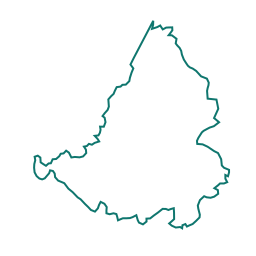 Cruzmaltina, Paraná, Brazil, rotated 355°
{"feature_id": "56859067B80032191176175", "entity_name": "Cruzmaltina", "entity_type": "district", "adm_level": 2, "iso_a3": "BRA", "parent_name": "Brazil", "parent_adm1": "Paraná", "projection": "orthographic", "projection_center": [-51.488, -24.002], "detail": "fine", "context": "isolated", "style": "outline", "palette": "teal", "viewbox_px": 256, "rotation_deg": 355, "n_neighbors": 0, "source": "geoboundaries", "source_scale": "gbopen_adm2", "svg_char_len": 2399}
<svg xmlns="http://www.w3.org/2000/svg" viewBox="0 0 256 256"><g transform="rotate(355 128 128)"><path d="M32.5,148.5L32.8,152.0L31.5,155.8L31.0,159.4L31.1,164.0L32.8,168.0L35.3,170.6L38.0,171.7L40.7,170.9L45.5,166.2L46.7,163.4L49.5,164.3L51.0,167.0L51.1,170.6L53.8,174.3L59.7,177.4L63.3,183.2L67.3,187.1L71.8,192.7L74.6,194.9L78.6,200.0L81.4,203.2L83.9,206.4L87.8,208.4L91.0,205.4L92.4,202.2L94.3,199.2L97.9,201.4L99.9,204.9L99.3,208.5L99.1,211.1L102.2,212.3L106.1,211.7L108.9,212.7L109.5,215.5L110.0,219.1L114.9,217.5L118.9,217.8L122.1,217.9L124.8,217.2L128.7,215.6L129.7,220.7L130.7,223.2L134.5,225.3L138.3,222.8L138.5,219.9L142.2,220.0L146.0,217.5L150.4,214.9L155.4,211.6L158.6,211.9L161.1,213.2L163.4,212.5L166.6,211.9L166.5,216.2L166.0,222.8L163.1,225.0L160.7,226.7L163.1,229.1L166.9,231.3L171.3,231.2L173.2,232.6L173.8,229.6L176.8,228.7L178.1,231.3L180.5,230.4L184.0,229.3L187.7,226.5L191.5,223.3L192.0,220.6L191.0,214.5L190.8,211.3L193.4,206.1L197.9,202.6L200.3,203.9L204.2,204.7L207.9,203.9L212.1,201.4L212.1,197.7L208.8,195.5L212.9,192.8L214.8,191.3L218.9,191.6L222.1,190.6L220.6,187.0L220.9,183.3L223.4,184.8L224.8,181.0L225.0,178.5L220.2,176.0L218.2,173.5L218.1,167.2L215.5,160.8L211.9,158.6L205.7,153.6L200.9,150.8L195.6,149.9L195.6,146.8L197.2,144.0L201.2,138.8L203.1,137.4L207.0,135.7L209.4,134.7L213.7,133.7L219.2,130.2L214.6,125.6L216.4,122.4L219.6,116.7L218.6,107.4L209.9,105.7L210.0,97.9L210.8,95.2L211.9,92.4L212.4,89.9L210.9,85.7L205.3,82.9L200.9,77.1L197.6,74.4L194.9,73.0L193.1,71.2L191.7,68.7L189.6,64.7L188.1,59.6L187.7,55.8L186.4,52.7L184.3,50.1L182.9,47.9L184.1,43.4L179.8,39.5L176.6,39.1L179.1,36.4L180.7,34.5L180.8,31.6L177.4,31.4L174.8,31.3L171.2,32.8L169.0,28.7L166.0,30.0L160.6,31.3L162.0,27.4L162.5,23.4L139.8,58.8L136.0,65.0L138.5,69.1L136.4,73.1L134.3,78.1L133.4,81.4L129.6,84.6L126.2,84.5L124.2,86.1L120.3,86.3L118.1,89.9L116.6,92.8L114.0,94.8L110.9,97.8L110.8,105.0L109.3,108.2L106.1,111.2L103.7,113.9L105.6,115.7L106.1,120.2L104.0,124.6L100.3,124.2L100.5,127.4L99.6,130.3L97.9,132.8L94.2,132.9L96.8,136.3L98.1,138.9L93.5,139.9L90.6,141.5L87.7,140.4L85.4,142.4L82.5,142.7L84.2,145.9L84.2,149.3L80.8,152.4L77.2,153.0L72.5,152.2L69.0,152.4L67.0,147.4L64.4,145.2L61.6,147.7L58.7,147.8L57.1,150.1L53.7,152.6L50.2,152.6L48.1,156.4L45.8,156.4L43.0,158.5L40.6,156.7L38.0,154.6L38.1,149.8L35.7,147.7L32.5,148.5Z" fill="none" stroke="#0f766e" stroke-width="2"/></g></svg>